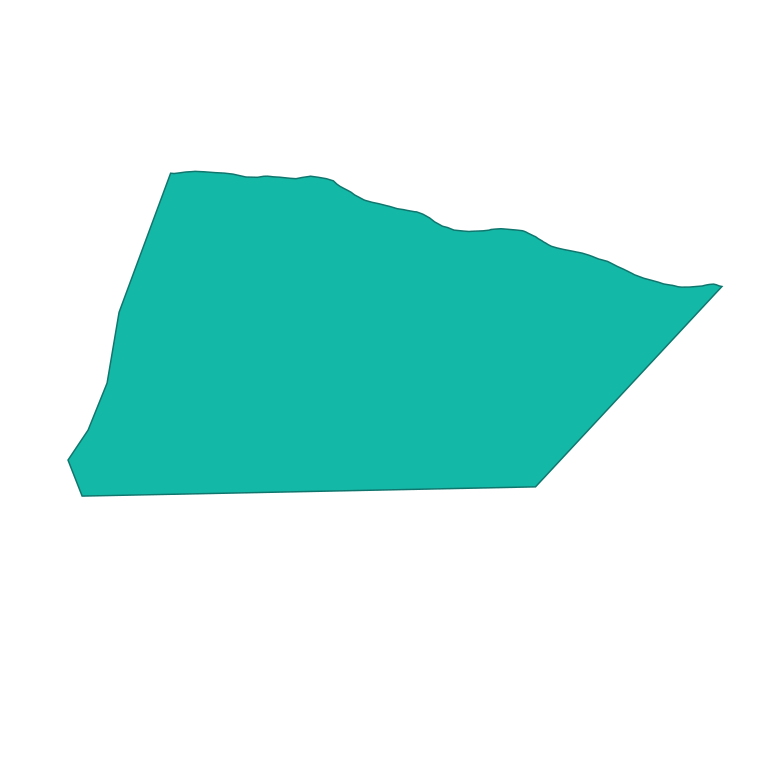 the district of Cocoa Dan, Saint Lucia, rotated 202°
{"feature_id": "8701671B69443980159425", "entity_name": "Cocoa Dan", "entity_type": "district", "adm_level": 2, "iso_a3": "LCA", "parent_name": "Saint Lucia", "parent_adm1": "", "projection": "orthographic", "projection_center": [-60.972, 13.731], "detail": "fine", "context": "isolated", "style": "filled", "palette": "teal", "viewbox_px": 768, "rotation_deg": 202, "n_neighbors": 0, "source": "geoboundaries", "source_scale": "gbopen_adm2", "svg_char_len": 1695}
<svg xmlns="http://www.w3.org/2000/svg" viewBox="0 0 768 768"><g transform="rotate(202 384 384)"><path d="M107.2,601.0L110.0,600.5L113.0,600.5L115.8,600.1L119.4,598.3L121.7,596.9L123.9,595.4L125.6,594.1L129.8,592.0L136.9,588.4L140.3,587.0L144.3,585.3L147.8,584.3L150.4,584.0L153.7,583.5L155.1,583.1L162.3,581.5L167.5,581.2L174.5,580.4L182.4,579.4L189.0,579.2L192.8,579.1L195.0,579.4L197.6,579.6L205.3,580.2L211.5,580.4L217.8,581.0L222.6,581.4L224.5,581.2L229.7,580.6L231.5,580.3L238.4,580.3L242.1,580.2L244.4,580.0L249.1,579.6L252.4,579.0L255.4,578.4L258.3,577.9L268.0,576.0L274.4,575.0L280.3,574.4L283.9,574.7L286.6,575.2L289.4,575.5L290.9,575.9L295.3,576.5L298.5,577.3L300.8,577.4L303.5,577.6L306.8,577.8L309.4,578.1L311.8,578.1L313.3,577.9L319.1,576.3L324.3,574.7L327.3,573.8L333.7,571.8L338.9,569.3L342.7,567.3L344.2,566.0L349.6,563.1L356.9,559.8L360.2,558.3L362.2,557.3L367.2,555.7L376.8,552.9L383.6,552.9L388.9,552.2L393.7,552.8L397.9,553.3L404.0,555.1L405.9,555.3L411.3,556.0L412.8,556.0L418.2,555.8L420.1,555.2L427.2,553.7L431.6,552.9L433.6,552.4L437.4,551.5L443.9,550.9L456.5,549.2L463.1,548.0L464.9,547.8L470.3,547.2L471.8,547.2L482.1,548.3L486.1,549.4L489.0,549.8L494.5,550.3L498.9,550.8L502.7,551.7L507.0,553.4L514.2,552.8L522.6,551.0L530.1,549.1L531.3,548.3L537.3,544.8L542.5,541.4L548.3,539.5L558.4,536.6L564.0,534.7L566.6,534.0L570.0,533.0L573.4,531.5L578.6,528.3L589.5,524.2L596.1,523.1L602.8,522.0L611.4,519.6L619.2,516.9L630.5,513.3L633.9,512.1L638.8,510.4L641.8,508.9L647.4,506.2L652.6,503.2L657.5,500.5L660.8,499.5L656.5,351.2L641.1,281.1L641.1,230.4L648.5,195.1L621.9,167.0L205.0,345.4L135.7,526.5L107.2,601.0Z" fill="#14b8a6" stroke="#0f766e" stroke-width="1.5"/></g></svg>